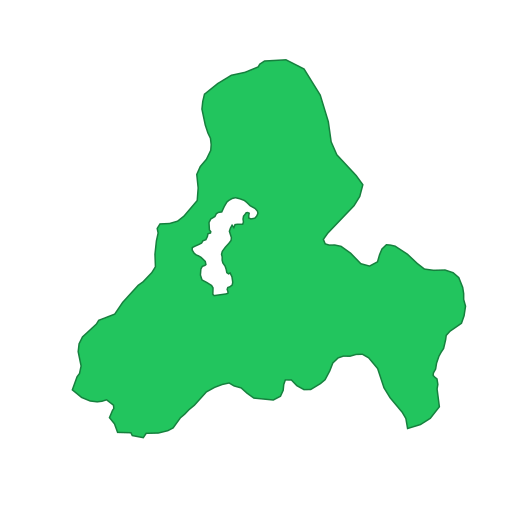 outline of Sana'a, rotated 352°
{"feature_id": "YEM-3496", "entity_name": "Sana'a", "entity_type": "Governorate", "adm_level": 1, "iso_a3": "YEM", "parent_name": "Yemen", "parent_adm1": "", "projection": "natural_earth1", "projection_center": [44.362, 15.407], "detail": "fine", "context": "isolated", "style": "filled", "palette": "green", "viewbox_px": 512, "rotation_deg": 352, "n_neighbors": 0, "source": "natural_earth", "source_scale": "10m", "svg_char_len": 3081}
<svg xmlns="http://www.w3.org/2000/svg" viewBox="0 0 512 512"><g transform="rotate(352 256 256)"><path d="M291.6,64.1L313.0,65.9L329.6,77.5L342.0,105.6L346.3,133.1L346.3,153.4L350.1,167.0L366.4,190.3L371.7,200.3L367.0,211.5L360.1,219.8L330.2,243.4L325.0,248.9L326.2,253.6L330.0,255.4L335.6,256.1L341.6,258.3L350.1,266.4L358.7,278.2L367.0,281.8L375.5,278.7L378.6,271.8L381.7,266.6L386.7,263.0L390.6,263.9L395.1,265.6L406.2,275.3L414.5,285.7L421.0,292.4L429.9,294.9L441.3,296.2L448.9,300.0L453.8,305.6L456.3,315.8L456.4,322.2L455.6,328.0L456.5,334.9L453.7,344.2L450.1,351.2L437.6,357.5L433.3,361.1L432.1,365.4L428.9,373.7L425.8,377.2L423.2,380.7L419.9,387.2L418.1,393.0L415.4,396.5L414.8,398.9L416.1,400.8L418.1,402.9L418.2,408.5L416.8,412.9L416.6,430.8L406.0,441.0L395.4,445.8L382.1,447.9L381.8,437.8L379.1,431.2L369.1,415.1L364.4,404.3L360.8,384.4L353.4,372.5L347.7,368.1L341.4,367.4L335.2,368.3L328.6,367.3L323.2,368.3L317.2,372.6L313.0,380.1L307.2,388.1L302.1,391.3L291.6,395.8L284.9,395.0L278.4,390.1L273.8,383.7L267.8,382.8L265.6,387.1L264.2,392.8L260.7,398.3L253.1,401.0L234.1,396.4L228.1,390.7L223.0,384.6L216.2,381.6L211.7,378.0L204.8,378.5L196.8,380.3L187.9,383.7L174.2,395.2L168.3,398.8L163.5,402.6L158.6,405.7L150.0,414.7L144.4,416.7L134.7,417.7L122.6,416.3L119.1,420.2L108.5,416.6L107.5,413.6L94.4,411.4L92.5,402.5L88.4,395.7L92.5,388.8L94.0,387.2L94.1,383.9L88.0,377.6L83.2,378.4L78.4,378.3L71.6,376.5L63.6,371.8L55.5,363.0L62.0,350.7L64.9,347.8L67.5,340.6L66.6,326.0L68.6,318.3L72.9,312.0L88.5,301.2L91.3,297.8L108.0,293.9L117.6,283.3L135.3,268.6L140.5,265.9L150.6,257.9L154.9,252.7L156.2,240.2L159.5,227.1L162.3,219.6L162.0,215.0L165.4,210.9L175.0,211.8L183.2,210.6L190.2,206.5L205.5,192.9L208.2,180.6L208.7,167.0L213.3,159.6L220.4,153.3L225.9,145.1L227.1,139.5L227.3,133.1L225.5,127.5L224.0,119.2L222.9,103.0L224.8,95.5L227.5,88.6L242.1,79.9L256.7,73.6L270.6,72.6L284.4,69.1L286.5,66.5L291.6,64.1ZM256.1,218.6L260.1,218.4L262.3,216.5L263.9,213.9L263.6,211.6L261.7,208.8L257.2,205.4L254.3,201.6L252.1,199.3L248.0,197.1L243.8,195.4L240.5,195.7L236.9,197.1L234.6,198.6L231.5,202.5L229.3,205.9L228.2,207.6L224.8,207.6L222.6,208.6L220.8,211.2L216.3,213.1L214.1,216.3L213.5,223.7L214.6,225.6L214.1,226.9L211.5,227.3L210.6,229.9L208.6,232.9L205.6,233.5L203.9,235.6L201.4,236.5L196.9,237.8L194.1,238.8L193.6,241.2L195.1,244.6L197.0,246.7L199.0,247.8L201.4,249.7L205.0,254.3L205.2,257.5L204.1,258.2L201.4,258.8L199.6,261.2L198.3,267.1L199.2,272.2L203.6,275.4L207.9,279.0L209.0,281.6L207.9,288.0L209.0,289.4L215.9,289.4L221.0,289.4L223.0,289.0L223.3,287.7L222.8,285.0L223.7,283.3L226.0,282.8L228.4,281.4L229.3,278.8L229.3,273.3L228.0,269.2L226.4,269.9L224.8,268.4L224.6,265.0L224.0,261.8L222.2,258.2L221.9,255.4L222.4,252.2L222.1,249.5L223.3,246.7L226.8,243.1L230.9,239.7L233.5,237.1L234.2,234.4L233.8,232.0L233.1,227.8L234.6,224.8L236.6,222.2L238.0,224.8L239.6,222.0L242.2,222.0L247.2,222.7L248.3,220.7L248.3,217.6L249.2,214.8L250.9,213.3L252.3,211.8L253.8,211.8L255.2,212.7L254.5,214.8L254.1,217.3L256.1,218.6Z" fill="#22c55e" stroke="#15803d" stroke-width="1.5"/></g></svg>